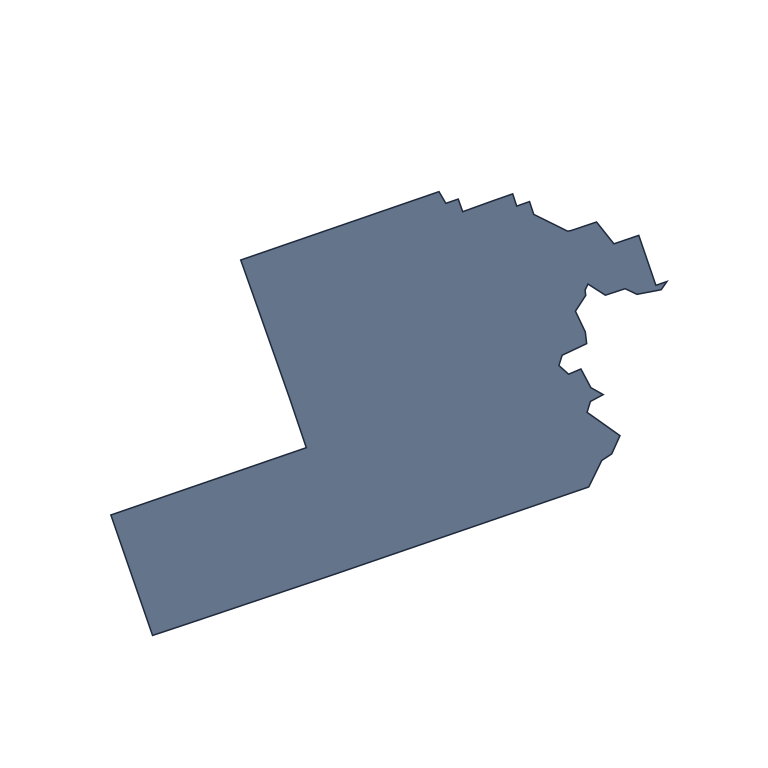 Yamhill, Oregon, United States of America, rotated 341°
{"feature_id": "52423323B33159762923031", "entity_name": "Yamhill", "entity_type": "district", "adm_level": 2, "iso_a3": "USA", "parent_name": "United States of America", "parent_adm1": "Oregon", "projection": "mercator", "projection_center": [-123.102, 45.254], "detail": "fine", "context": "isolated", "style": "filled", "palette": "slate", "viewbox_px": 768, "rotation_deg": 341, "n_neighbors": 0, "source": "geoboundaries", "source_scale": "gbopen_adm2", "svg_char_len": 757}
<svg xmlns="http://www.w3.org/2000/svg" viewBox="0 0 768 768"><g transform="rotate(341 384 384)"><path d="M684.9,379.2L673.2,379.2L673.3,326.4L647.0,326.3L637.7,300.0L610.8,299.8L607.4,299.3L580.8,272.4L581.0,258.9L567.4,259.0L567.6,246.1L547.8,246.2L514.5,246.7L514.4,233.3L501.3,233.3L498.6,220.0L498.0,220.0L288.9,220.1L289.4,274.0L290.1,365.6L289.8,418.9L83.1,418.9L83.3,546.4L121.8,546.8L269.3,547.8L269.9,547.8L544.1,548.0L565.0,527.2L576.6,524.2L590.3,509.7L566.8,476.9L573.5,467.7L587.8,465.4L578.4,454.8L575.1,433.9L561.7,434.8L555.4,423.5L561.8,414.8L588.8,411.8L591.3,400.3L588.7,377.5L603.6,365.9L604.7,360.7L609.4,355.9L622.2,372.1L643.0,372.4L652.4,381.6L676.8,385.1L684.9,379.2Z" fill="#64748b" stroke="#1e293b" stroke-width="1.5"/></g></svg>